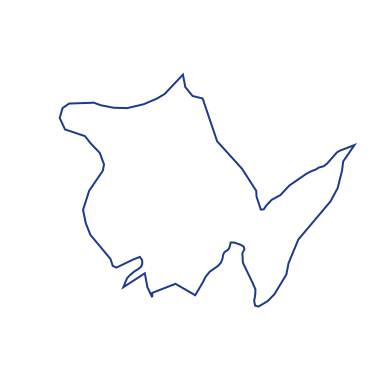 SVG path tracing the border of Nova Goriška, rotated 284°
{"feature_id": "SVN-260", "entity_name": "Nova Goriška", "entity_type": "Statistical Region", "adm_level": 1, "iso_a3": "SVN", "parent_name": "Slovenia", "parent_adm1": "", "projection": "natural_earth1", "projection_center": [13.71, 45.972], "detail": "fine", "context": "isolated", "style": "outline", "palette": "blue", "viewbox_px": 384, "rotation_deg": 284, "n_neighbors": 0, "source": "natural_earth", "source_scale": "10m", "svg_char_len": 1317}
<svg xmlns="http://www.w3.org/2000/svg" viewBox="0 0 384 384"><g transform="rotate(284 192 192)"><path d="M92.6,220.1L98.9,198.2L84.6,177.9L80.3,178.8L80.9,178.3L88.9,171.7L101.7,165.9L83.0,148.4L92.5,149.8L95.7,151.5L101.0,155.3L104.2,158.4L107.1,160.7L110.5,161.1L113.9,160.0L116.4,157.1L111.9,150.8L100.4,137.0L101.1,133.0L107.4,129.0L125.9,103.7L136.0,96.5L148.3,90.6L168.3,91.9L191.0,100.3L197.4,100.0L207.5,93.2L215.0,81.4L220.3,74.7L222.0,53.6L231.9,45.7L242.1,46.1L248.1,51.4L254.9,75.2L254.1,82.7L254.8,95.6L257.7,108.8L265.4,123.8L274.1,135.3L280.4,141.7L303.7,154.8L292.2,160.1L285.3,169.3L285.3,179.7L247.3,204.1L226.6,235.0L208.7,254.0L203.2,255.7L191.6,263.0L192.5,265.8L196.7,267.3L203.6,271.1L210.4,278.5L222.0,285.0L237.2,298.4L240.9,302.6L243.9,306.8L246.5,309.3L248.9,313.6L252.4,316.3L265.6,323.1L267.8,325.4L276.9,338.3L258.3,331.3L249.1,332.4L231.1,332.4L216.5,328.7L171.7,306.7L146.4,302.9L134.7,303.5L112.7,296.7L104.3,291.7L96.9,284.2L97.0,280.8L101.2,278.7L108.2,278.1L112.9,277.1L119.2,272.2L135.7,258.5L144.7,255.7L149.2,256.7L151.4,255.4L152.4,252.9L153.2,245.5L152.3,241.7L149.3,241.9L146.4,241.6L144.2,240.6L142.4,238.8L140.7,237.8L138.2,237.4L134.8,237.7L130.6,237.2L126.7,235.2L119.0,228.5L112.8,225.6L107.5,224.5L92.6,220.1Z" fill="none" stroke="#1e3a8a" stroke-width="2"/></g></svg>